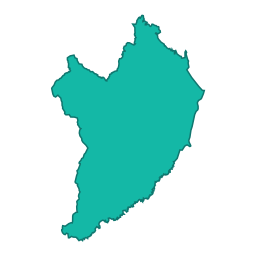 the district of Loreto, Orellana, Ecuador
{"feature_id": "8360857B25470470808554", "entity_name": "Loreto", "entity_type": "district", "adm_level": 2, "iso_a3": "ECU", "parent_name": "Ecuador", "parent_adm1": "Orellana", "projection": "equal_earth", "projection_center": [-77.401, -0.648], "detail": "fine", "context": "isolated", "style": "filled", "palette": "teal", "viewbox_px": 256, "rotation_deg": 0, "n_neighbors": 0, "source": "geoboundaries", "source_scale": "gbopen_adm2", "svg_char_len": 5752}
<svg xmlns="http://www.w3.org/2000/svg" viewBox="0 0 256 256"><path d="M77.7,184.2L77.4,185.5L78.8,188.2L79.2,189.6L79.2,190.6L80.0,191.9L78.9,194.3L78.5,196.1L79.1,198.3L79.0,199.2L77.4,200.6L76.8,201.7L77.3,204.2L76.7,206.6L76.9,210.3L77.4,212.2L76.1,212.3L73.2,214.4L72.7,216.0L72.6,221.6L72.2,222.9L71.2,222.7L68.9,223.6L65.3,226.2L62.7,225.7L62.4,227.3L62.6,228.9L61.8,229.5L61.7,230.5L62.6,232.8L64.1,234.3L65.2,234.6L66.4,233.2L67.9,233.7L68.5,237.8L69.4,237.8L71.4,236.4L73.3,237.1L75.7,237.2L76.5,237.5L77.1,238.4L77.6,238.4L77.9,239.3L79.0,240.6L81.2,239.5L82.6,240.6L83.3,238.5L83.9,238.5L84.5,239.1L84.8,238.2L85.8,237.5L86.8,238.0L87.3,237.8L87.7,238.3L88.0,236.9L89.9,236.4L90.6,235.0L91.1,235.3L92.3,232.8L93.0,232.5L93.5,232.8L93.9,232.2L94.6,232.0L95.5,230.4L95.1,228.9L96.8,226.6L97.8,227.4L98.2,227.1L99.0,228.4L100.0,227.9L99.8,225.9L99.0,224.9L98.9,223.8L99.5,222.3L101.0,221.1L102.4,220.3L103.2,220.3L104.3,221.0L105.2,220.3L105.7,221.0L105.2,221.8L107.5,222.6L107.7,221.6L108.3,221.6L108.9,219.9L108.4,218.3L109.6,218.0L111.9,219.2L113.6,218.8L113.9,219.3L113.6,220.0L113.9,220.4L115.6,220.1L116.7,218.5L117.1,219.4L117.4,219.5L117.6,218.8L117.2,218.2L117.4,217.5L118.5,218.5L119.6,217.3L120.5,217.2L120.5,216.5L120.1,215.8L120.3,215.1L122.1,215.3L122.3,214.1L124.1,214.2L123.0,212.8L122.9,210.8L123.8,210.4L124.7,210.6L125.1,210.2L126.6,212.0L127.9,211.0L127.3,209.3L127.4,209.0L128.2,209.0L128.0,207.8L128.6,207.6L128.4,207.2L129.5,207.0L130.1,207.4L131.2,206.6L131.3,205.8L132.2,206.9L133.5,206.5L133.0,204.6L134.3,203.6L135.1,203.5L134.9,202.5L135.4,202.8L135.6,202.0L136.4,202.0L136.2,202.5L137.1,202.3L139.0,199.7L139.6,199.5L140.4,200.3L140.8,199.3L140.8,201.2L141.6,200.9L142.4,201.7L142.3,200.2L143.4,200.9L143.7,200.3L143.8,199.6L143.2,199.4L143.4,198.2L144.0,198.8L146.3,198.2L147.2,199.0L147.5,199.0L147.9,198.3L148.4,198.6L149.1,197.4L149.2,196.2L150.1,195.9L150.1,194.9L151.4,195.0L152.5,194.0L152.0,192.8L152.9,193.2L153.1,192.8L152.2,192.3L152.2,192.0L153.9,190.8L153.6,190.5L153.3,191.0L152.9,191.0L152.8,190.1L152.2,189.7L153.3,188.3L154.4,188.9L154.5,188.2L154.1,187.1L154.6,186.4L154.8,185.4L155.3,185.1L154.8,184.0L155.2,183.2L155.3,181.7L156.3,182.1L157.2,181.1L158.5,181.0L158.7,180.5L159.1,180.8L159.8,179.5L159.6,178.7L160.0,178.3L159.7,177.9L160.1,177.8L160.1,177.0L161.0,177.1L161.3,176.3L161.9,177.2L162.2,176.8L162.2,175.9L162.9,175.7L163.8,174.0L164.9,174.9L165.7,174.2L166.2,174.4L166.1,174.8L166.8,174.7L167.7,174.3L168.6,173.3L168.8,171.2L169.1,171.4L169.0,171.8L169.2,172.1L170.1,172.2L170.1,170.6L169.7,169.7L171.0,169.0L172.0,169.1L171.7,167.9L172.7,167.7L172.9,167.0L172.7,166.1L173.6,166.0L173.1,165.1L174.3,163.2L173.6,161.7L174.3,161.7L177.2,158.4L179.9,150.0L182.2,150.1L184.7,146.2L186.2,145.2L187.5,145.0L189.8,146.5L190.6,146.2L190.7,145.5L189.1,142.2L188.8,140.3L189.9,137.1L190.9,130.3L192.1,126.6L194.7,114.5L196.1,111.4L197.7,109.9L198.1,108.8L198.1,106.1L197.5,104.0L197.4,102.5L198.5,100.5L201.1,98.9L201.7,97.9L203.4,93.7L204.3,90.5L202.4,90.4L198.8,86.5L191.6,77.4L186.8,69.8L188.9,67.1L188.1,63.0L188.5,61.0L187.7,59.7L186.0,53.9L186.6,52.4L186.1,51.4L185.7,50.8L185.0,52.1L185.0,57.6L181.9,58.2L181.5,58.0L181.4,56.8L181.0,56.3L180.0,56.2L177.1,54.0L175.7,50.6L174.7,51.6L175.3,52.6L175.0,53.7L174.5,53.8L174.3,50.8L173.4,50.6L172.6,51.0L171.9,49.3L171.5,50.6L171.1,50.7L169.8,48.5L168.9,49.0L166.9,47.9L165.4,45.9L164.5,45.9L164.2,44.2L161.1,42.2L158.6,39.3L157.7,37.7L157.6,36.0L157.1,34.8L155.6,33.4L156.0,32.9L158.0,33.9L160.4,32.2L160.1,30.6L158.8,29.5L158.9,27.8L158.6,26.7L157.1,26.6L156.1,25.6L154.9,25.5L152.8,24.2L151.9,24.3L151.5,25.6L150.6,26.4L150.1,26.3L149.0,24.7L148.0,24.1L147.4,24.1L146.4,24.8L145.3,24.8L145.4,23.9L146.8,23.1L147.1,22.4L145.3,21.6L144.7,20.9L142.9,21.6L142.9,20.8L144.2,19.1L143.6,18.1L143.3,15.7L142.6,15.4L141.8,15.5L140.3,18.2L139.7,18.0L139.5,17.3L138.8,17.6L136.9,20.6L136.8,22.0L135.8,24.3L132.7,24.1L134.9,27.6L134.9,31.2L135.2,32.9L134.7,33.2L134.5,34.9L134.8,35.4L135.3,35.5L135.2,36.5L136.0,37.7L134.9,38.7L135.3,39.4L134.9,40.1L135.1,41.0L134.6,41.7L134.3,43.3L135.3,43.8L134.5,44.7L133.6,44.9L129.4,42.8L127.6,42.7L126.4,43.7L126.1,45.4L125.4,46.0L124.2,46.3L123.5,48.5L124.3,50.5L124.9,50.6L125.0,51.2L123.5,51.2L122.8,52.0L123.0,53.7L122.2,54.0L121.9,54.7L122.8,54.9L122.6,56.9L121.3,58.5L119.6,58.7L118.7,61.2L119.0,63.9L118.6,66.5L118.2,67.9L117.2,69.2L117.2,70.7L114.2,71.5L113.6,72.2L112.9,72.2L112.2,73.0L111.5,72.9L110.9,74.1L109.7,74.4L109.6,76.2L108.9,76.8L108.8,77.9L107.8,78.5L107.7,79.2L106.9,79.7L106.8,80.9L105.7,80.6L104.3,78.2L103.4,77.4L102.7,77.3L102.2,77.9L101.6,77.5L101.2,78.0L100.0,76.9L99.3,77.1L97.6,75.8L97.6,74.9L96.9,74.9L96.8,74.4L95.9,73.9L94.7,73.7L92.6,71.6L90.4,71.7L89.2,70.0L87.3,69.7L86.7,68.9L84.8,68.4L84.0,67.8L82.5,66.1L81.9,64.3L79.1,63.9L77.3,60.7L77.0,58.6L75.0,57.8L74.0,55.1L70.2,55.9L67.4,57.8L67.4,60.0L68.1,60.9L68.0,61.9L68.6,63.7L68.4,67.4L69.4,67.9L69.3,68.7L69.9,68.6L69.8,69.5L70.5,70.8L69.5,71.9L69.0,71.5L67.4,72.9L66.7,72.8L65.2,73.4L64.6,74.0L64.5,74.8L63.0,75.6L60.9,78.2L59.8,78.6L58.7,79.9L56.8,80.3L55.3,82.0L54.0,85.2L52.0,87.7L51.7,88.5L52.9,94.1L53.9,96.2L55.6,97.0L57.9,95.2L60.8,98.1L61.3,100.7L62.0,102.1L62.1,105.4L62.7,107.0L62.6,108.4L64.9,112.0L64.6,113.4L64.8,113.8L65.9,114.8L69.3,114.7L70.7,117.0L74.5,117.1L77.3,118.0L77.9,120.6L77.3,122.2L77.9,123.6L77.7,124.7L79.0,126.3L79.2,127.0L80.1,128.3L80.9,128.6L79.7,130.1L79.4,132.2L79.3,133.1L80.0,135.9L81.7,138.4L81.9,140.5L83.0,142.3L86.0,145.2L87.9,148.0L85.4,153.1L84.2,154.3L83.2,157.7L81.7,158.6L80.8,160.6L79.5,161.9L79.1,162.8L79.2,163.5L80.2,163.6L80.2,164.4L78.1,169.7L77.0,170.7L77.6,173.2L76.7,175.3L75.1,181.9L75.5,182.8L77.7,184.2Z" fill="#14b8a6" stroke="#0f766e" stroke-width="1.5"/></svg>